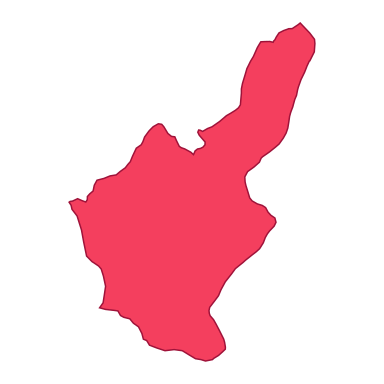 Plahn Nyarn, Sinoe, Liberia (Natural Earth projection)
{"feature_id": "62588387B77612051850083", "entity_name": "Plahn Nyarn", "entity_type": "district", "adm_level": 2, "iso_a3": "LBR", "parent_name": "Liberia", "parent_adm1": "Sinoe", "projection": "natural_earth1", "projection_center": [-9.003, 5.323], "detail": "fine", "context": "isolated", "style": "filled", "palette": "rose", "viewbox_px": 384, "rotation_deg": 0, "n_neighbors": 0, "source": "geoboundaries", "source_scale": "gbopen_adm2", "svg_char_len": 2542}
<svg xmlns="http://www.w3.org/2000/svg" viewBox="0 0 384 384"><path d="M212.5,359.6L213.7,358.4L218.7,355.3L223.0,351.4L225.3,349.2L225.4,347.1L224.6,342.3L223.7,339.1L219.3,330.3L216.1,324.2L213.5,319.6L210.1,315.7L209.3,313.3L209.2,312.4L209.0,310.6L209.7,307.3L214.4,301.2L218.5,295.7L221.0,289.7L225.3,281.8L231.7,273.7L235.4,268.6L243.1,262.4L245.5,260.2L252.8,254.4L256.2,251.8L259.6,248.7L263.3,242.8L264.4,239.9L265.3,237.5L267.4,233.8L269.6,230.9L274.1,226.2L276.0,222.3L274.9,218.0L270.8,215.2L268.0,212.1L265.6,207.6L263.8,206.4L262.2,205.4L257.3,203.9L252.1,200.9L249.7,197.9L247.4,190.3L245.9,185.5L245.1,181.9L244.8,176.9L247.6,171.6L254.0,167.0L259.4,162.2L261.1,158.2L262.5,156.8L269.4,152.0L273.4,148.8L275.5,147.1L279.1,144.0L283.3,138.1L286.1,133.1L287.8,128.1L288.6,123.2L288.9,121.3L289.6,116.4L290.6,112.7L291.2,111.0L292.8,106.8L293.3,104.8L294.8,99.4L296.5,95.4L297.6,89.8L298.3,87.2L301.0,79.6L304.6,72.2L306.5,67.4L306.9,66.3L309.3,61.1L309.8,60.9L314.3,51.9L314.9,43.6L314.5,39.3L313.9,38.5L309.7,33.0L300.2,23.0L298.1,24.7L292.2,28.6L288.7,28.7L287.5,29.2L283.8,30.5L279.0,32.9L276.3,37.0L274.9,39.8L273.6,41.1L273.1,42.3L269.9,41.5L264.8,41.6L260.8,41.8L258.8,45.1L257.3,47.7L253.4,56.5L250.5,61.3L248.6,65.2L247.5,67.4L246.9,68.6L245.2,74.5L242.5,83.4L241.4,88.9L241.4,93.1L240.7,101.2L240.4,104.8L238.5,107.8L235.4,110.3L230.4,113.4L226.4,115.7L219.6,121.5L212.0,126.8L207.6,128.5L202.6,131.4L200.1,130.2L198.7,130.0L197.8,132.2L198.7,134.1L199.3,135.3L205.1,142.0L205.0,144.8L202.9,147.2L200.5,148.4L197.5,149.0L195.1,150.9L194.4,152.6L193.5,154.6L192.8,154.0L190.8,152.2L184.7,148.9L181.3,147.7L179.3,146.4L176.4,140.5L174.8,136.8L171.5,136.4L167.9,133.5L163.8,126.7L161.7,124.3L159.2,123.9L158.3,123.8L153.2,126.7L150.4,129.5L148.9,131.1L144.6,137.0L142.9,141.7L141.2,144.8L136.3,148.2L132.5,156.3L130.3,161.7L127.9,164.4L125.3,167.8L120.3,171.4L116.2,174.9L110.1,175.9L104.0,178.4L97.0,180.2L94.3,185.2L93.1,191.0L89.9,193.7L87.4,196.5L87.3,199.6L85.8,202.0L82.2,200.7L77.6,198.7L72.5,201.1L70.2,201.4L69.1,202.2L71.1,205.3L72.0,209.3L77.1,216.0L81.5,230.0L83.7,242.1L86.1,253.7L86.6,256.1L92.0,261.6L98.6,266.0L101.2,269.0L103.4,276.0L105.6,286.3L104.3,295.1L103.1,302.8L99.6,307.8L105.5,309.4L113.6,310.3L117.9,310.9L120.5,315.5L123.8,317.3L129.8,318.8L133.4,323.2L138.5,326.8L141.9,333.5L143.4,339.2L146.6,340.5L147.6,342.0L149.5,345.2L156.9,348.0L165.0,350.7L174.1,349.6L182.3,350.7L188.5,354.5L195.5,358.7L201.0,359.6L205.5,361.0L212.5,359.6Z" fill="#f43f5e" stroke="#9f1239" stroke-width="1.5"/></svg>